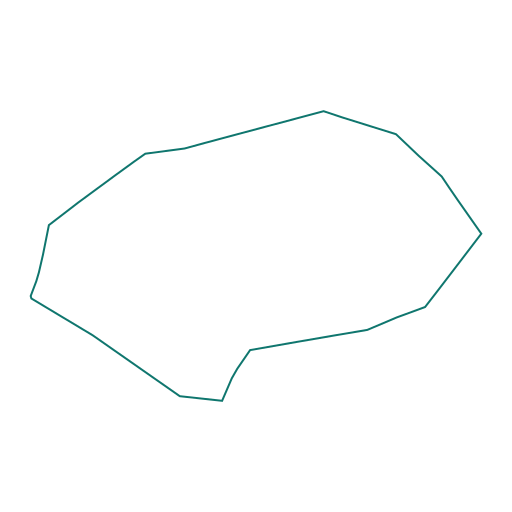 Herlen, Dornod, Mongolia
{"feature_id": "93677404B55540968795469", "entity_name": "Herlen", "entity_type": "district", "adm_level": 2, "iso_a3": "MNG", "parent_name": "Mongolia", "parent_adm1": "Dornod", "projection": "natural_earth1", "projection_center": [114.567, 48.063], "detail": "fine", "context": "isolated", "style": "outline", "palette": "teal", "viewbox_px": 512, "rotation_deg": 0, "n_neighbors": 0, "source": "geoboundaries", "source_scale": "gbopen_adm2", "svg_char_len": 585}
<svg xmlns="http://www.w3.org/2000/svg" viewBox="0 0 512 512"><path d="M30.7,296.0L31.4,298.5L92.7,335.3L179.8,396.2L222.1,400.8L231.8,378.3L237.3,368.7L250.1,350.1L296.3,342.0L334.1,335.5L367.3,329.9L396.8,317.4L405.3,314.3L425.1,307.0L437.1,291.5L455.1,268.0L481.3,233.7L457.4,199.6L449.7,188.4L441.7,176.5L418.7,155.8L396.0,134.2L342.5,117.5L323.6,111.2L265.9,126.6L219.2,139.1L210.4,141.5L205.0,142.9L184.6,148.5L145.3,153.7L134.1,161.6L115.4,175.2L78.3,202.5L55.8,219.8L48.9,225.1L43.0,254.6L38.9,272.4L36.3,281.2L30.7,296.0Z" fill="none" stroke="#0f766e" stroke-width="2"/></svg>